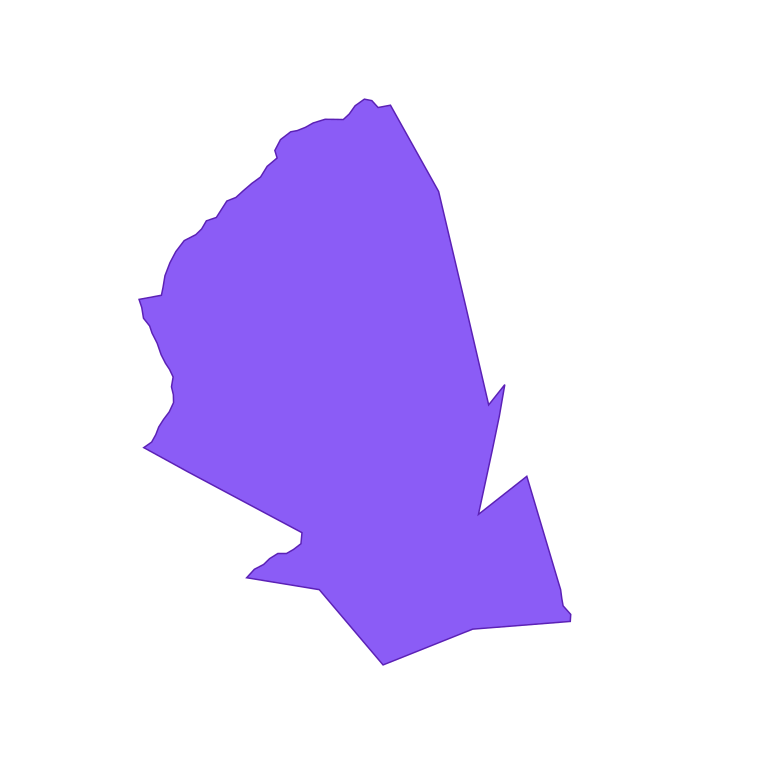 the district of São João da Varjota, Piauí, Brazil, rotated 21°
{"feature_id": "56859067B92714876979598", "entity_name": "São João da Varjota", "entity_type": "district", "adm_level": 2, "iso_a3": "BRA", "parent_name": "Brazil", "parent_adm1": "Piauí", "projection": "natural_earth1", "projection_center": [-41.918, -6.948], "detail": "fine", "context": "isolated", "style": "filled", "palette": "violet", "viewbox_px": 768, "rotation_deg": 21, "n_neighbors": 0, "source": "geoboundaries", "source_scale": "gbopen_adm2", "svg_char_len": 1118}
<svg xmlns="http://www.w3.org/2000/svg" viewBox="0 0 768 768"><g transform="rotate(21 384 384)"><path d="M497.0,341.3L489.2,366.0L432.4,282.1L366.0,184.7L290.1,121.4L279.4,128.0L271.1,123.8L263.6,125.1L257.3,134.6L254.8,144.4L251.2,151.7L244.3,154.2L234.1,158.0L224.3,165.7L218.6,172.6L212.2,178.5L206.5,182.0L199.8,192.9L198.4,205.1L203.2,211.3L196.9,222.7L194.6,235.0L188.7,244.1L183.1,254.5L178.9,262.9L171.7,269.5L167.8,288.6L159.7,295.3L158.2,304.6L154.8,312.0L146.1,321.7L142.2,335.0L140.7,347.5L140.7,361.4L143.1,373.1L144.4,380.9L125.0,392.8L130.5,399.5L135.9,408.8L144.4,413.8L149.2,419.6L157.6,427.2L165.4,436.5L172.6,443.0L178.5,447.2L184.6,453.0L186.6,462.8L191.2,469.5L194.2,476.8L193.5,487.0L190.9,496.0L189.1,504.8L189.1,513.1L187.9,521.5L182.5,529.5L231.7,536.2L360.7,552.2L363.7,562.9L358.8,570.9L353.7,577.2L345.6,580.3L339.8,588.0L336.3,595.6L329.4,603.4L325.2,614.1L397.3,599.2L483.8,646.6L554.6,581.1L643.0,538.9L640.9,532.2L630.7,526.9L627.0,520.8L622.6,512.7L617.7,506.4L550.4,419.0L518.9,471.9L509.0,408.2L503.2,372.7L497.0,341.3Z" fill="#8b5cf6" stroke="#5b21b6" stroke-width="1.5"/></g></svg>